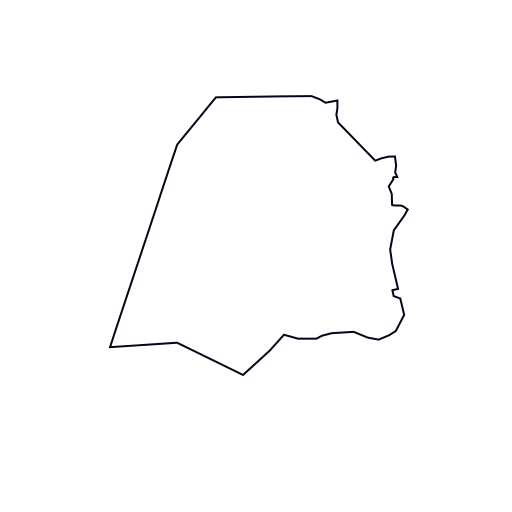 outline of Kukawa, Borno, Nigeria, rotated 230°
{"feature_id": "59680162B26946733152657", "entity_name": "Kukawa", "entity_type": "district", "adm_level": 2, "iso_a3": "NGA", "parent_name": "Nigeria", "parent_adm1": "Borno", "projection": "natural_earth1", "projection_center": [13.658, 13.111], "detail": "fine", "context": "isolated", "style": "outline", "palette": "ink", "viewbox_px": 512, "rotation_deg": 230, "n_neighbors": 0, "source": "geoboundaries", "source_scale": "gbopen_adm2", "svg_char_len": 909}
<svg xmlns="http://www.w3.org/2000/svg" viewBox="0 0 512 512"><g transform="rotate(230 256 256)"><path d="M403.3,327.3L400.7,313.2L398.5,302.0L393.6,275.7L392.0,267.3L382.5,251.7L365.8,224.6L359.3,214.2L343.4,188.4L307.1,129.4L291.5,104.1L280.0,85.6L240.3,139.8L173.2,169.6L174.7,205.7L177.7,226.8L165.6,235.1L153.9,249.1L152.5,255.3L148.2,264.4L135.1,282.1L121.7,289.1L113.1,296.2L109.7,307.2L108.7,315.0L115.7,331.7L130.7,339.2L136.8,335.7L142.1,338.5L139.5,343.7L162.1,355.1L174.7,362.9L187.1,378.1L191.6,395.5L194.1,402.1L200.1,400.4L201.7,399.2L206.5,393.7L207.7,393.1L216.3,399.9L224.0,402.4L226.5,410.6L227.1,410.8L227.7,411.3L228.0,412.1L225.7,415.0L230.5,416.3L235.1,421.4L242.9,426.4L246.9,421.4L250.2,414.9L252.4,408.6L305.6,404.7L312.6,408.4L316.8,413.3L322.8,418.3L328.7,407.8L335.0,405.6L342.8,401.3L361.2,379.0L371.4,366.5L403.3,327.3Z" fill="none" stroke="#020617" stroke-width="2"/></g></svg>